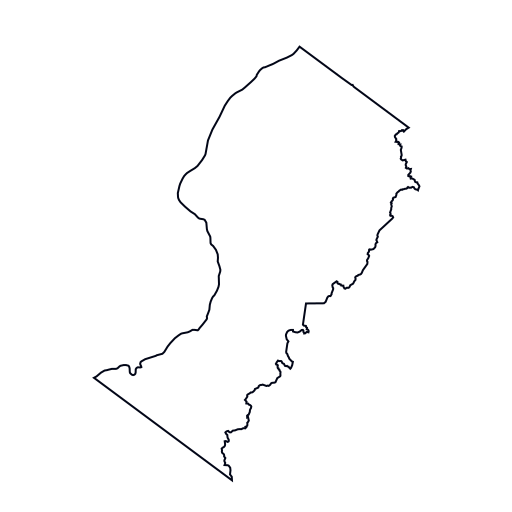 outline of Cotriguaçu, Mato Grosso, Brazil, rotated 217°
{"feature_id": "56859067B41206181741344", "entity_name": "Cotriguaçu", "entity_type": "district", "adm_level": 2, "iso_a3": "BRA", "parent_name": "Brazil", "parent_adm1": "Mato Grosso", "projection": "natural_earth1", "projection_center": [-58.781, -9.466], "detail": "fine", "context": "isolated", "style": "outline", "palette": "ink", "viewbox_px": 512, "rotation_deg": 217, "n_neighbors": 0, "source": "geoboundaries", "source_scale": "gbopen_adm2", "svg_char_len": 6094}
<svg xmlns="http://www.w3.org/2000/svg" viewBox="0 0 512 512"><g transform="rotate(217 256 256)"><path d="M140.2,62.4L142.5,65.1L145.3,65.9L147.4,69.5L149.2,71.4L151.6,72.1L152.6,71.9L155.3,70.1L156.0,72.2L157.6,73.0L158.3,73.8L158.9,76.2L160.8,76.7L161.5,77.7L162.3,78.3L164.7,78.5L165.6,79.3L166.2,80.4L167.5,81.5L167.3,82.8L166.7,84.1L166.6,85.3L166.8,86.1L167.4,87.1L169.5,89.2L168.8,90.0L166.7,90.5L166.3,91.5L166.9,92.6L167.7,93.1L168.8,93.5L169.8,94.2L171.2,95.8L173.0,96.0L174.3,96.7L174.1,97.8L173.6,98.8L172.9,99.6L171.3,99.3L170.6,99.5L169.9,100.1L169.4,102.6L167.8,104.1L166.3,106.6L164.9,107.9L163.3,109.1L163.0,110.1L161.9,111.4L160.9,111.8L160.7,113.3L161.5,113.5L161.0,114.2L160.9,115.3L161.8,116.7L162.6,117.5L162.5,118.7L162.7,120.2L165.7,122.8L166.0,121.9L167.0,123.1L166.8,124.3L166.4,124.9L167.1,127.7L168.1,129.3L168.4,130.3L168.4,131.2L169.1,132.9L169.8,133.3L171.0,133.4L172.3,133.0L173.3,133.4L175.0,132.4L175.9,134.0L178.2,134.4L178.1,135.8L178.3,138.5L179.0,139.1L179.4,140.0L179.0,141.1L178.4,142.4L178.1,143.8L177.1,144.6L176.6,145.8L176.3,147.9L176.8,149.1L175.0,152.3L175.5,153.8L175.2,155.0L174.6,155.9L173.8,156.5L173.3,157.3L169.4,158.5L168.6,159.6L167.7,159.9L167.2,161.6L167.3,163.4L166.9,164.3L165.0,166.0L164.5,166.9L165.5,171.3L164.3,174.5L164.7,175.5L165.7,176.6L166.4,177.8L167.0,178.4L168.2,178.6L168.9,179.3L169.7,179.1L170.4,179.8L171.1,179.6L172.1,180.4L172.6,181.6L173.3,182.0L174.4,181.5L175.2,181.8L175.5,183.7L175.5,185.7L174.4,185.9L172.8,187.2L172.0,187.2L170.8,186.4L169.8,186.4L168.8,186.7L166.8,185.7L165.8,186.1L165.1,186.9L164.4,186.7L163.4,187.2L162.7,186.9L160.8,186.6L160.7,187.7L161.4,190.6L162.9,193.7L163.9,193.4L167.6,194.0L168.8,194.8L170.2,195.3L172.1,196.6L173.4,196.8L174.3,197.7L178.4,205.2L178.7,207.3L181.4,208.0L184.1,210.3L184.8,211.4L185.4,214.0L185.2,215.5L184.8,216.5L183.7,217.9L182.0,219.2L181.0,218.0L178.7,218.8L176.8,219.9L175.6,221.9L175.0,224.4L174.1,225.2L173.2,224.9L172.5,223.9L171.5,223.7L170.9,223.1L170.2,223.8L169.8,225.9L168.2,226.6L168.7,227.7L169.7,228.3L170.4,228.4L171.4,228.0L172.1,229.4L173.3,229.4L174.1,230.2L175.9,229.2L177.2,229.4L187.5,248.2L173.3,259.1L172.8,261.3L174.0,265.7L174.0,267.1L173.5,268.1L172.4,268.8L172.6,270.9L173.2,271.7L174.3,275.7L175.0,276.8L175.9,277.1L177.5,278.6L177.8,279.7L176.4,284.3L175.4,284.4L174.5,283.3L173.5,283.3L172.7,283.9L172.0,283.8L171.2,284.3L170.2,283.7L168.4,284.9L167.8,284.2L165.8,283.3L164.9,283.7L164.6,285.0L164.1,285.6L163.3,285.9L162.8,286.6L162.7,287.7L163.1,289.4L161.8,292.4L162.3,294.9L162.2,296.8L162.9,297.9L163.8,298.5L164.0,299.4L163.6,300.5L162.9,301.4L162.9,302.4L161.7,303.9L161.3,304.9L161.4,306.4L162.1,309.0L162.3,316.6L163.4,318.4L164.4,318.8L164.9,319.7L165.0,321.7L165.7,324.2L166.9,324.7L167.9,324.6L168.5,325.7L168.4,327.4L169.5,329.2L169.1,329.9L168.2,330.0L166.4,332.2L166.1,334.7L166.6,336.0L167.6,337.2L167.9,338.4L167.4,340.0L169.5,341.2L169.9,342.4L170.3,344.7L171.4,345.4L171.9,346.4L172.8,350.8L169.7,367.9L169.7,369.4L170.8,370.0L171.9,369.8L172.8,369.0L173.6,369.4L173.7,370.3L174.3,371.1L175.1,371.4L176.1,374.7L176.9,375.7L177.5,377.4L179.2,378.7L179.4,379.8L180.4,379.8L180.6,381.1L180.4,382.4L180.5,383.4L181.3,384.3L181.4,385.2L180.0,387.1L180.7,389.4L181.4,390.2L181.4,391.1L181.3,392.3L180.9,393.3L180.9,394.3L180.1,396.4L179.2,396.7L178.9,397.7L178.2,398.2L177.7,399.1L176.4,400.3L176.1,401.0L176.3,401.8L176.1,402.6L174.8,402.6L174.2,403.3L173.3,403.8L172.6,405.4L171.3,405.9L170.1,405.3L169.0,405.2L167.8,405.6L167.2,406.1L166.2,406.0L166.7,407.3L167.4,410.0L168.3,410.5L170.7,411.2L171.5,411.9L172.4,411.3L173.4,411.0L174.4,411.6L175.2,412.3L178.0,411.9L179.0,410.9L179.8,411.6L180.0,412.8L181.0,412.5L181.6,411.8L182.5,411.5L183.2,412.4L182.9,415.4L183.2,416.6L184.2,417.4L184.7,418.7L185.4,418.0L186.2,417.7L187.1,417.9L188.0,416.7L189.4,416.6L189.7,417.8L191.3,418.8L191.7,419.6L192.1,421.8L193.3,421.8L194.6,422.9L196.4,420.6L198.3,420.5L199.0,420.8L199.2,421.7L200.1,422.7L200.0,423.6L200.5,424.4L204.2,427.9L204.9,430.1L205.6,431.1L206.8,430.7L207.7,431.1L207.9,432.0L209.5,431.1L209.9,431.7L210.0,432.7L211.0,432.8L211.9,432.0L213.2,431.3L213.3,432.6L214.0,433.0L214.3,433.8L216.6,434.6L217.4,435.4L217.5,437.2L216.9,437.9L217.0,438.7L216.4,440.6L216.9,441.9L215.7,442.7L215.2,443.5L215.2,444.4L214.3,445.0L213.7,444.4L212.8,444.3L212.4,447.6L211.3,450.4L279.2,450.0L280.3,450.1L281.8,450.8L282.5,450.1L294.6,449.8L347.2,449.4L347.2,444.7L347.5,441.8L347.7,439.9L348.3,438.0L350.8,432.9L355.1,425.9L357.8,420.0L362.5,412.0L363.3,411.3L363.8,410.4L364.1,409.5L364.6,407.2L364.7,405.5L364.4,401.2L363.8,399.9L363.8,399.0L363.9,396.8L364.7,391.9L366.3,383.9L367.1,380.6L369.8,375.1L370.4,373.6L371.4,369.5L371.8,367.0L371.8,363.0L371.4,357.3L368.9,345.2L366.9,330.7L363.9,319.4L357.7,307.1L357.3,305.7L356.8,300.2L356.9,292.7L357.7,289.4L359.7,284.4L361.0,280.8L361.3,279.0L361.5,276.6L361.2,273.7L360.1,268.2L359.3,265.9L356.3,259.2L353.8,256.2L352.9,255.4L351.2,254.4L348.6,253.5L342.5,252.7L335.1,252.2L330.0,252.6L325.8,251.8L324.4,251.7L323.3,252.0L320.3,253.6L318.8,254.0L315.7,252.7L311.4,247.9L309.8,246.6L304.3,244.0L303.3,243.0L300.1,239.0L298.8,238.3L296.2,238.2L291.7,236.8L287.6,234.3L285.3,231.7L283.3,228.6L279.0,225.8L276.1,223.5L275.2,222.0L273.7,217.6L268.5,211.1L267.4,208.8L266.3,204.8L265.6,199.5L265.9,197.7L265.7,195.9L264.8,192.4L263.6,189.4L260.9,185.0L260.0,182.1L258.9,178.1L257.7,176.9L257.3,175.8L257.4,169.1L257.7,164.5L257.6,162.7L257.8,161.6L260.5,160.1L262.3,158.8L263.5,155.9L264.6,154.0L268.4,149.8L269.1,148.8L270.1,145.9L271.3,141.5L272.0,134.9L272.1,130.5L271.5,124.2L271.9,121.6L275.6,116.9L275.9,116.0L282.4,106.9L284.1,102.9L284.3,101.8L283.7,100.3L283.2,99.8L281.3,98.8L280.7,98.2L281.3,97.4L283.4,96.0L284.0,94.8L283.9,93.2L282.0,90.5L281.5,89.2L281.7,88.0L282.5,86.9L283.7,86.5L286.0,86.7L286.9,87.3L289.4,90.3L290.9,91.4L291.9,91.6L294.1,90.7L296.1,89.2L298.2,86.7L298.6,85.5L299.0,83.1L299.4,82.3L300.0,81.5L303.2,79.1L305.4,76.4L306.2,75.3L308.0,73.4L309.6,69.6L310.9,63.8L312.1,61.2L140.2,62.4Z" fill="none" stroke="#020617" stroke-width="2"/></g></svg>